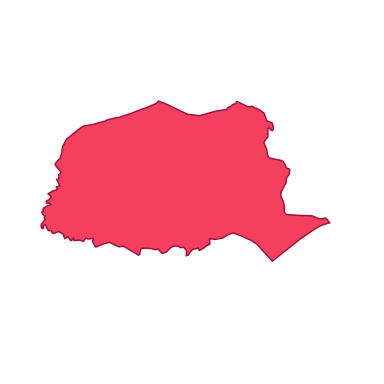 the district of Garwula, Grand Cape Mount, Liberia, rotated 299°
{"feature_id": "62588387B58887581868104", "entity_name": "Garwula", "entity_type": "district", "adm_level": 2, "iso_a3": "LBR", "parent_name": "Liberia", "parent_adm1": "Grand Cape Mount", "projection": "mercator", "projection_center": [-11.139, 6.773], "detail": "fine", "context": "isolated", "style": "filled", "palette": "rose", "viewbox_px": 384, "rotation_deg": 299, "n_neighbors": 0, "source": "geoboundaries", "source_scale": "gbopen_adm2", "svg_char_len": 3755}
<svg xmlns="http://www.w3.org/2000/svg" viewBox="0 0 384 384"><g transform="rotate(299 192 192)"><path d="M170.5,295.8L181.4,300.3L195.1,306.0L198.8,307.5L203.1,309.3L215.6,315.5L223.2,319.6L227.3,322.8L228.4,324.0L231.8,327.3L233.4,323.5L233.5,323.1L234.0,321.4L232.0,319.1L230.2,316.8L230.0,314.8L229.8,312.3L229.4,308.6L225.5,300.9L222.3,294.7L221.8,293.5L221.7,293.4L220.3,290.3L218.4,286.2L218.0,285.3L218.3,284.6L219.6,282.2L221.6,281.2L223.0,280.5L223.9,280.1L228.2,276.1L229.2,274.7L231.2,272.0L231.3,271.9L232.9,271.0L235.0,270.0L238.6,269.9L241.3,269.8L241.5,269.8L242.7,269.7L245.9,269.7L248.4,268.4L249.7,268.1L250.5,268.0L252.5,268.2L254.7,268.4L255.6,268.1L256.9,267.6L258.9,266.6L259.3,266.0L258.9,263.8L259.2,261.8L260.2,261.2L261.1,260.0L261.2,259.9L261.8,258.7L262.7,257.2L262.9,255.0L260.0,245.6L259.3,242.8L259.3,242.7L261.3,239.9L264.3,237.5L265.3,236.8L267.9,233.5L268.1,233.2L268.5,232.7L270.2,230.9L272.3,230.9L274.8,231.2L276.5,231.8L283.0,228.3L284.3,227.7L284.7,227.8L285.0,227.9L285.7,228.0L284.4,231.2L284.6,232.2L284.8,232.7L286.8,232.4L289.2,230.8L291.3,228.6L290.9,226.3L290.7,224.5L290.7,223.4L290.6,222.6L292.0,221.2L294.8,218.0L295.9,216.8L296.1,214.6L296.5,211.2L296.5,208.6L296.2,207.5L296.0,207.0L295.7,205.8L296.3,204.1L296.2,203.7L295.8,202.5L294.7,201.3L293.8,200.2L293.5,197.6L293.5,196.0L293.5,195.8L293.5,195.6L293.4,193.7L292.9,187.4L292.7,187.3L292.4,187.3L290.5,187.3L289.4,186.4L288.7,185.6L287.5,184.9L286.7,184.9L286.4,184.8L285.2,184.1L283.4,182.4L281.5,182.2L280.8,182.1L274.6,174.0L262.3,161.5L257.8,150.1L256.4,126.7L255.3,118.6L253.5,118.2L252.2,117.9L247.7,114.4L247.6,114.2L244.2,111.8L240.3,108.1L237.6,105.9L232.0,101.3L221.0,91.1L220.8,90.8L218.2,87.4L214.7,83.6L212.3,81.8L211.7,81.4L207.3,76.9L202.4,72.0L199.0,67.5L196.8,64.9L194.1,63.6L190.4,61.8L189.4,61.5L186.8,60.5L182.0,58.5L179.3,57.4L178.0,56.8L174.6,56.8L172.2,56.8L170.2,56.7L168.0,57.1L163.5,59.0L160.0,59.8L157.4,60.3L153.8,59.2L150.2,58.7L150.0,58.9L148.9,60.2L145.9,67.7L144.5,67.9L142.5,67.1L140.4,68.6L138.9,68.9L137.3,67.6L136.8,68.4L136.4,69.0L135.1,71.1L133.2,73.4L132.1,72.2L130.6,70.8L130.1,71.5L129.6,73.0L128.8,72.8L127.3,71.8L125.8,69.9L123.2,68.6L120.8,67.0L120.3,67.6L120.1,70.0L119.7,71.1L117.6,71.1L116.3,70.9L115.0,70.0L113.4,69.0L111.8,69.8L112.5,71.5L113.3,72.9L112.8,74.6L111.7,73.9L109.5,72.1L107.3,70.9L106.0,69.9L104.8,70.1L103.0,71.3L101.4,70.4L100.6,71.8L99.6,73.7L99.5,75.0L97.8,75.3L96.7,76.9L94.4,76.7L92.8,76.3L91.0,75.8L88.4,76.9L87.5,79.1L88.4,79.7L89.6,78.5L91.7,78.9L92.2,79.7L91.4,80.8L89.3,83.7L88.9,84.1L88.9,85.8L90.0,87.7L88.3,89.9L88.4,90.9L92.8,94.6L92.8,96.6L92.6,99.8L92.6,100.6L91.2,101.3L89.7,103.3L91.5,104.6L92.9,105.4L92.8,105.6L90.7,109.3L90.8,109.6L91.3,110.3L93.1,110.2L94.1,110.6L93.7,111.2L92.3,112.3L94.2,115.1L95.5,117.1L95.8,119.2L96.3,121.1L98.0,121.2L99.8,121.3L100.4,122.4L100.5,123.6L100.6,124.2L103.6,128.1L102.7,128.8L100.8,128.6L97.2,134.2L97.5,134.6L98.2,135.2L98.4,135.9L99.1,135.9L104.6,140.7L107.3,143.6L108.1,144.3L108.1,147.4L108.3,151.0L108.7,154.3L108.8,155.0L111.3,157.9L111.1,168.2L110.9,175.2L110.8,175.9L112.1,176.5L114.9,175.3L118.2,175.0L120.7,179.2L122.7,183.7L123.3,186.0L123.6,187.2L125.5,190.3L124.8,192.5L123.8,195.9L127.0,198.6L128.4,199.0L131.2,199.7L134.3,201.1L136.0,202.9L136.8,203.7L138.1,206.9L137.6,208.7L139.5,211.4L138.5,215.4L133.5,217.8L134.8,219.2L138.3,219.5L141.1,220.0L142.7,221.1L145.6,224.3L146.0,224.6L144.4,226.8L147.5,228.7L149.8,230.0L151.9,230.6L155.0,232.9L157.3,231.5L159.4,230.0L160.4,232.0L162.1,235.7L166.7,241.2L171.2,243.7L171.9,244.1L176.1,247.6L176.9,251.8L177.0,253.0L177.6,257.5L178.1,264.0L178.4,267.9L177.7,274.4L174.4,284.0L171.8,292.1L170.5,295.8Z" fill="#f43f5e" stroke="#9f1239" stroke-width="1.5"/></g></svg>